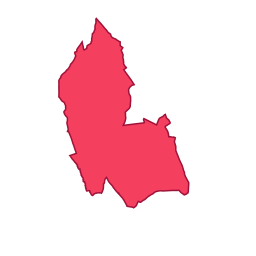 Bunesti, Suceava, Romania (Equal Earth projection), rotated 212°
{"feature_id": "2599482B56325809571103", "entity_name": "Bunesti", "entity_type": "district", "adm_level": 2, "iso_a3": "ROU", "parent_name": "Romania", "parent_adm1": "Suceava", "projection": "equal_earth", "projection_center": [26.308, 47.515], "detail": "fine", "context": "isolated", "style": "filled", "palette": "rose", "viewbox_px": 256, "rotation_deg": 212, "n_neighbors": 0, "source": "geoboundaries", "source_scale": "gbopen_adm2", "svg_char_len": 5765}
<svg xmlns="http://www.w3.org/2000/svg" viewBox="0 0 256 256"><g transform="rotate(212 128 128)"><path d="M180.2,196.9L181.9,196.7L184.8,196.8L185.5,196.9L186.2,196.8L187.2,196.6L189.1,196.4L189.9,196.5L191.3,197.2L192.5,198.3L193.5,198.5L195.2,198.4L195.5,198.5L198.6,199.8L201.1,200.3L201.7,200.7L206.8,202.3L208.7,202.8L212.9,204.1L213.0,203.6L212.7,203.2L212.5,202.5L211.9,202.0L211.7,201.4L211.2,201.1L211.0,200.2L210.7,199.6L210.6,198.6L209.8,196.6L209.4,196.0L209.3,195.6L208.8,195.0L208.4,194.8L208.2,194.0L208.3,193.4L207.6,190.6L208.2,189.3L207.1,186.9L206.6,186.1L206.5,185.7L206.3,184.9L206.0,184.3L204.8,182.5L205.0,181.6L204.9,181.4L204.2,180.2L205.8,177.1L206.2,176.3L206.2,176.0L205.4,173.8L205.1,173.5L205.1,173.4L205.7,172.6L206.0,172.1L206.2,171.4L206.5,171.0L207.1,171.1L207.4,171.3L207.6,171.5L207.8,171.8L208.6,172.7L209.4,173.6L210.1,174.1L212.5,176.7L212.6,174.0L213.0,168.4L212.9,167.7L212.9,167.4L212.6,166.7L212.1,165.9L212.0,165.4L212.8,164.8L213.2,164.3L213.2,163.9L212.9,163.3L210.8,161.7L210.4,161.1L210.3,159.9L210.1,159.7L210.0,158.5L209.9,157.4L209.9,155.4L209.9,154.5L210.1,154.1L210.1,153.0L210.5,151.7L210.4,151.3L210.3,150.8L210.1,150.3L210.0,149.5L210.0,147.8L210.2,145.9L210.2,145.5L210.7,144.8L210.7,144.4L210.9,142.2L212.0,139.1L212.2,138.2L212.3,136.8L212.2,136.0L211.8,135.5L211.8,135.3L212.0,133.2L211.8,131.8L211.6,131.3L208.9,127.2L208.7,126.5L207.7,125.3L207.4,124.6L206.2,122.9L203.7,118.8L203.1,117.7L202.5,117.6L200.7,116.9L199.6,116.4L198.4,115.9L196.1,115.9L195.4,115.7L193.1,114.1L192.6,113.7L192.3,113.2L191.9,112.4L191.4,111.9L191.0,111.2L190.8,110.5L190.8,109.8L191.0,108.0L190.7,107.5L190.1,106.8L188.4,105.8L187.1,105.2L185.6,104.9L185.3,104.8L184.9,104.6L184.0,103.3L183.3,102.1L182.7,100.4L182.6,100.1L181.7,99.0L180.1,97.5L179.8,97.1L179.4,96.8L179.1,96.4L178.4,95.7L178.2,95.3L177.8,94.9L177.7,94.6L177.5,94.0L177.5,93.8L177.7,93.5L177.6,93.1L177.5,92.9L176.9,93.1L176.4,93.4L174.8,92.2L171.6,90.0L168.9,87.8L167.0,86.1L163.9,83.7L161.7,81.8L159.9,80.4L158.4,79.1L162.7,73.8L162.0,73.6L161.7,73.4L161.4,73.3L160.6,72.9L159.9,72.7L159.7,72.6L159.5,72.4L158.9,72.2L157.7,71.8L157.1,71.7L155.6,71.1L155.3,71.1L155.0,70.9L154.9,70.8L154.2,70.7L153.8,70.5L153.3,70.5L153.2,70.6L152.8,70.5L152.6,70.4L152.5,70.0L151.5,69.7L151.1,69.7L151.1,69.3L150.8,68.7L150.3,68.6L150.0,68.3L149.8,68.3L149.6,68.0L149.1,67.7L148.9,67.5L148.7,67.6L148.4,67.4L148.1,67.3L148.0,67.2L147.9,67.3L147.7,67.2L147.5,67.3L147.4,67.3L147.2,67.6L147.1,67.4L146.9,67.2L146.7,67.3L146.4,67.1L146.3,66.6L146.1,66.5L145.8,66.2L145.5,66.1L145.2,65.8L145.1,65.4L144.7,65.3L144.1,64.7L143.8,64.6L143.3,64.1L143.2,63.8L142.9,63.6L142.9,63.3L142.6,63.1L142.3,62.9L141.9,62.9L141.7,62.9L141.4,62.6L141.3,62.4L141.2,62.3L140.9,62.3L140.6,62.1L139.9,61.9L139.5,61.7L139.2,61.3L138.8,60.4L138.6,60.2L138.2,60.3L138.1,60.2L137.9,59.3L137.8,59.1L137.5,58.9L137.2,59.0L136.8,59.0L136.6,59.4L136.3,59.4L136.1,59.3L135.9,59.0L135.9,58.7L135.7,58.6L135.3,58.5L135.2,58.3L134.5,58.0L134.2,57.3L134.1,56.7L133.7,56.4L133.4,56.5L132.9,55.7L132.3,55.1L132.3,54.8L132.0,54.6L131.5,54.6L131.1,54.2L131.2,53.9L130.4,53.2L129.6,52.7L128.3,53.9L127.5,54.5L127.2,54.5L127.0,54.3L126.9,53.9L126.7,53.7L126.4,53.4L125.5,53.1L123.9,52.1L123.6,52.0L122.4,51.9L122.0,52.7L121.8,53.9L121.5,54.6L121.0,55.3L120.2,56.1L118.9,57.3L117.5,58.0L117.3,58.2L116.8,58.5L116.5,58.6L116.0,58.6L116.0,59.9L116.2,60.3L116.1,60.8L116.3,61.1L116.4,61.5L116.4,62.1L116.6,62.8L117.1,64.1L118.0,65.7L118.4,66.5L118.9,67.1L119.1,67.6L118.9,67.8L119.0,69.0L119.5,70.2L119.9,70.9L120.3,72.3L120.3,72.7L120.3,73.0L120.1,74.1L120.0,74.7L117.5,73.2L117.0,72.9L115.3,72.0L114.4,71.7L112.6,71.2L109.9,70.4L109.3,69.9L104.5,68.2L100.9,67.2L101.0,67.6L100.2,67.2L98.9,66.6L96.3,65.9L94.5,65.2L93.8,64.9L92.1,64.0L87.9,61.6L87.3,61.1L82.8,63.0L81.8,63.3L81.0,63.3L80.1,65.3L79.9,66.1L79.9,66.8L80.4,71.2L78.3,71.5L78.0,71.7L77.8,72.0L76.9,74.5L75.9,76.1L75.7,76.7L75.5,77.3L75.0,79.4L74.2,81.3L73.1,83.7L72.1,85.2L71.9,85.7L71.4,87.5L71.0,88.3L70.7,88.7L68.9,90.6L67.4,91.9L66.5,92.4L65.6,92.8L64.9,93.2L63.5,94.2L61.5,95.6L57.8,98.2L54.2,100.5L52.4,101.6L51.6,102.2L51.3,102.2L50.3,101.7L49.1,101.4L45.4,101.1L45.0,101.1L44.7,101.2L44.6,101.4L44.4,101.8L44.3,101.7L43.5,102.9L43.2,103.6L43.2,104.0L43.2,104.4L43.0,104.5L42.8,104.6L43.1,105.8L46.1,111.4L47.5,113.8L54.1,117.6L56.2,119.4L56.5,120.2L56.9,120.5L57.6,120.8L62.1,124.8L67.0,127.9L75.5,134.2L77.2,136.9L77.7,137.7L80.8,140.4L81.3,140.8L82.7,144.8L84.4,144.6L84.5,144.2L84.8,144.0L87.5,143.0L88.3,142.6L88.8,142.2L90.4,144.2L91.7,145.5L93.0,146.4L93.7,146.8L96.9,148.4L97.1,148.6L97.2,149.0L97.1,149.4L95.7,152.4L95.1,153.7L94.9,154.3L95.0,154.7L95.1,154.9L95.5,155.2L96.9,155.9L97.6,156.4L98.7,156.6L100.7,156.9L102.2,158.2L103.6,159.3L104.1,158.3L104.5,156.4L104.8,155.8L105.6,154.5L106.3,153.3L106.5,152.4L106.4,151.1L105.4,145.8L119.5,144.4L119.5,144.1L119.2,143.2L118.4,142.5L117.2,141.7L117.1,141.3L117.3,140.7L122.7,136.4L133.4,127.7L133.8,130.8L134.0,132.0L134.8,134.5L135.7,136.0L136.7,137.1L137.1,137.7L137.4,138.3L137.6,138.7L138.4,139.5L138.6,139.9L138.5,140.6L138.4,141.4L137.5,144.5L137.3,145.6L137.4,146.8L137.7,147.7L139.7,151.5L140.0,152.3L141.0,153.7L142.1,155.5L142.7,156.1L143.6,156.7L145.0,157.4L145.5,157.9L146.6,159.1L146.8,159.5L147.1,159.7L147.2,159.9L148.0,161.3L147.9,161.7L148.1,162.4L148.1,163.0L147.8,164.7L147.6,165.5L147.2,166.3L146.5,167.2L145.8,167.7L145.7,168.0L151.3,170.6L158.5,173.5L162.5,175.2L161.3,178.2L162.4,178.7L162.6,178.4L165.3,179.8L165.9,180.3L166.4,181.3L168.3,183.7L169.2,184.5L169.7,184.9L170.8,187.2L171.1,187.6L172.4,188.5L175.0,190.4L175.0,191.0L174.9,191.8L175.0,193.4L178.2,193.7L178.5,194.2L179.3,195.2L180.2,196.9Z" fill="#f43f5e" stroke="#9f1239" stroke-width="1.5"/></g></svg>